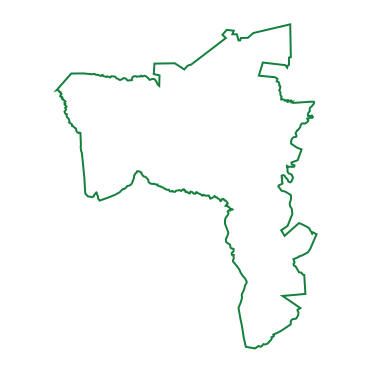 the district of Tierra Nueva, San Luis Potosí, Mexico, rotated 86°
{"feature_id": "50627088B99864279855032", "entity_name": "Tierra Nueva", "entity_type": "district", "adm_level": 2, "iso_a3": "MEX", "parent_name": "Mexico", "parent_adm1": "San Luis Potosí", "projection": "natural_earth1", "projection_center": [-100.486, 21.645], "detail": "fine", "context": "isolated", "style": "outline", "palette": "green", "viewbox_px": 384, "rotation_deg": 86, "n_neighbors": 0, "source": "geoboundaries", "source_scale": "gbopen_adm2", "svg_char_len": 5892}
<svg xmlns="http://www.w3.org/2000/svg" viewBox="0 0 384 384"><g transform="rotate(86 192 192)"><path d="M350.2,149.1L352.4,140.1L351.4,138.2L350.6,137.2L350.6,136.6L350.3,136.2L351.1,134.7L351.0,133.8L350.0,132.5L348.7,131.3L349.2,129.8L348.6,127.4L348.0,126.8L347.1,125.6L346.3,125.2L345.5,123.9L344.2,122.9L343.5,122.6L342.5,122.9L342.2,122.0L342.2,121.5L341.5,121.0L341.3,120.3L340.2,120.2L339.8,120.6L338.4,116.6L336.8,113.0L331.0,102.8L328.0,102.5L326.4,101.5L325.9,100.2L325.7,97.4L325.1,96.6L323.6,95.5L321.7,94.5L320.6,94.3L319.1,94.3L318.1,94.9L316.9,95.0L315.4,92.0L302.0,108.9L301.6,86.0L282.6,85.8L282.2,87.1L280.1,88.5L279.6,90.8L273.2,94.0L272.6,95.4L270.9,95.8L269.5,94.6L266.1,95.5L264.4,90.5L264.0,90.2L264.1,89.9L263.7,89.5L262.9,86.4L260.4,80.7L257.0,78.0L242.8,70.7L240.7,74.2L242.0,75.1L241.7,75.3L240.9,75.1L239.4,76.3L237.2,77.2L235.6,78.4L232.0,84.3L230.5,87.5L242.2,102.7L236.4,105.7L232.5,99.0L220.9,93.4L215.5,93.7L213.4,95.0L210.4,95.4L205.6,93.6L201.9,93.6L198.1,99.0L196.9,102.7L192.3,105.5L191.5,105.1L190.0,101.3L189.3,101.0L187.5,101.5L184.4,101.1L183.7,101.6L183.1,101.3L182.0,101.4L181.6,100.4L181.6,99.5L182.2,98.5L183.9,97.7L185.3,96.4L186.7,95.6L188.2,95.2L188.9,94.2L189.2,93.3L188.4,92.1L184.9,90.2L181.6,91.4L180.1,94.3L178.8,95.1L178.1,95.3L175.1,95.1L174.0,95.6L172.6,95.5L173.8,93.4L173.5,91.7L174.0,90.4L173.8,88.2L172.6,87.9L171.3,90.5L169.5,90.7L167.6,84.3L157.2,79.7L155.0,84.3L150.7,89.8L147.4,89.4L146.1,88.7L144.8,87.4L144.4,86.5L144.3,84.6L143.9,84.0L142.7,83.9L140.6,84.6L138.4,83.2L137.7,82.5L137.6,81.9L135.2,79.8L132.3,78.6L131.5,77.8L131.3,76.6L131.6,74.2L129.7,71.4L128.4,70.9L127.9,71.6L126.8,71.9L126.5,70.4L125.9,69.2L126.4,68.0L126.4,66.8L126.1,66.4L125.2,66.2L124.2,67.0L124.2,70.9L122.8,71.0L121.1,70.4L119.5,68.8L117.7,68.9L116.0,68.3L115.0,66.7L112.8,64.6L111.4,63.9L110.5,64.1L110.2,67.2L110.2,84.3L109.7,86.1L108.8,85.3L108.8,86.2L108.5,86.4L108.8,86.5L108.5,87.7L107.8,87.6L108.8,90.2L108.6,90.6L107.6,90.1L107.4,90.5L107.4,91.6L107.1,91.2L107.1,92.3L105.8,95.2L106.1,96.4L105.7,96.6L105.3,96.3L104.4,96.5L103.0,96.0L102.0,96.8L100.6,97.1L99.1,96.8L97.2,97.5L97.0,97.8L96.4,97.9L95.7,97.2L93.2,96.5L92.0,97.0L91.8,97.6L90.1,97.3L88.4,97.9L87.6,99.8L85.0,98.9L83.3,101.2L80.6,117.2L67.8,112.3L72.0,90.0L74.5,88.4L72.7,87.8L72.0,86.4L64.7,85.9L64.4,84.0L31.6,82.3L37.7,119.8L42.1,125.5L41.8,132.5L44.1,133.4L44.0,135.0L37.8,136.3L37.5,140.7L34.0,139.1L32.7,146.1L37.3,150.7L40.8,147.5L65.0,184.2L65.1,185.7L65.9,187.8L69.2,191.1L62.4,200.2L61.3,220.5L71.7,221.9L73.4,216.3L83.9,217.3L82.6,218.6L78.5,220.3L76.8,221.6L76.6,222.1L76.6,224.5L77.2,226.1L77.0,226.6L75.3,227.8L73.2,230.1L72.7,231.4L73.3,233.2L73.3,233.7L72.5,234.4L72.4,234.8L73.1,235.5L73.2,235.9L72.9,236.8L73.2,239.0L72.5,240.0L72.6,241.9L73.1,243.1L75.4,244.3L76.0,244.0L76.3,244.4L76.2,246.4L76.4,247.9L76.1,248.8L74.8,249.6L74.0,250.6L73.6,252.4L74.5,253.7L75.2,255.6L75.1,256.5L73.9,258.0L73.4,259.4L72.1,260.2L71.4,261.0L70.9,264.6L71.8,265.1L72.0,265.8L70.7,268.4L71.3,269.4L69.9,273.0L69.2,272.9L69.1,273.6L69.7,273.8L69.8,274.8L69.2,276.4L68.7,277.0L68.2,280.2L67.4,280.9L67.5,284.8L67.1,286.0L66.1,292.6L65.4,304.2L81.1,320.1L80.9,319.2L81.3,318.0L82.5,317.6L83.1,316.9L83.2,316.1L84.5,316.1L85.1,315.4L86.4,316.6L87.3,316.8L87.7,315.5L88.6,314.7L89.5,314.5L89.5,315.2L90.7,314.7L91.2,313.6L92.9,311.9L94.0,313.1L95.2,312.2L95.7,312.9L96.1,313.0L97.8,311.3L98.4,311.3L99.2,312.6L101.0,311.9L103.0,313.6L105.1,312.8L105.8,311.4L106.3,311.8L108.6,311.5L110.3,309.9L113.2,309.2L114.0,309.8L116.0,307.1L117.8,307.0L118.1,305.9L119.3,305.1L120.7,303.2L122.4,303.2L123.9,302.7L125.2,301.2L124.9,300.4L125.3,299.2L136.8,299.5L139.6,299.9L142.9,299.8L145.6,299.1L170.5,298.4L184.8,298.6L186.3,298.4L189.1,296.1L190.2,291.5L189.0,290.0L188.3,289.9L185.8,287.5L186.3,287.0L187.6,287.1L189.6,286.1L191.7,286.2L194.1,284.7L191.8,276.2L189.5,269.2L187.4,264.5L184.2,260.7L184.3,259.6L183.3,257.8L181.4,256.0L181.3,254.5L180.8,253.0L180.0,252.1L178.4,250.8L176.7,250.4L176.0,249.7L172.9,248.7L171.8,248.7L170.7,247.8L169.4,247.1L168.8,245.9L167.6,245.4L167.5,245.0L167.6,244.1L167.8,243.0L168.6,241.7L169.2,241.1L170.0,241.2L173.0,239.3L173.5,237.7L174.7,236.3L176.9,234.8L179.2,234.6L180.9,232.4L181.3,229.8L181.1,229.1L181.5,228.7L182.2,226.6L182.2,225.8L183.0,225.9L184.2,223.7L184.1,223.1L184.8,222.4L185.9,219.9L186.7,219.3L187.3,217.9L187.8,217.5L188.1,216.7L188.1,214.9L189.7,214.2L190.0,212.7L189.7,212.3L189.7,211.5L190.0,211.5L190.7,209.4L190.5,208.7L189.8,208.1L189.5,207.0L189.3,204.2L190.2,202.8L189.5,202.0L188.7,200.0L189.9,199.6L190.0,198.6L191.4,198.5L191.7,197.9L191.5,197.0L193.2,195.1L193.1,194.1L192.0,193.9L191.5,193.3L192.2,191.6L193.6,190.7L193.9,188.9L193.6,188.2L192.7,188.2L192.5,187.8L192.6,187.0L193.6,186.2L194.6,184.0L196.0,182.5L196.4,181.7L196.3,181.4L195.6,181.3L195.5,180.9L196.7,178.8L196.6,176.1L196.8,175.4L197.7,175.3L198.4,174.5L199.5,174.5L199.9,174.2L199.8,173.6L198.8,171.1L197.6,169.8L198.2,169.0L199.0,168.6L199.2,167.4L199.9,167.1L201.2,165.2L203.0,164.2L202.8,163.5L201.3,162.7L201.1,161.1L202.7,160.0L202.8,159.2L205.0,157.4L206.1,157.2L206.6,158.2L208.2,159.4L208.4,158.7L208.2,157.7L209.4,156.9L209.8,156.0L211.3,155.1L211.8,153.3L212.3,152.9L212.6,155.0L213.0,155.3L212.7,155.5L213.2,157.2L213.5,157.5L214.1,157.8L215.4,157.1L216.1,157.2L217.0,157.6L220.4,160.4L222.4,161.0L225.9,161.3L234.7,158.7L236.0,158.8L239.3,160.3L241.3,161.5L243.8,161.4L244.6,161.2L247.2,157.8L250.2,157.4L250.7,157.1L251.7,154.5L253.6,154.6L254.6,155.2L255.7,156.7L257.4,156.6L257.8,154.8L258.7,155.2L260.3,154.9L261.6,155.1L262.9,155.9L264.0,156.0L270.1,151.7L272.9,150.1L275.7,149.2L279.4,147.1L282.3,144.9L285.2,143.7L286.4,143.8L288.6,145.4L292.8,146.8L297.0,149.1L298.4,149.6L300.1,149.4L302.4,149.9L305.8,151.2L310.8,153.7L323.1,152.4L329.3,151.5L340.5,150.6L350.2,149.1Z" fill="none" stroke="#15803d" stroke-width="2"/></g></svg>